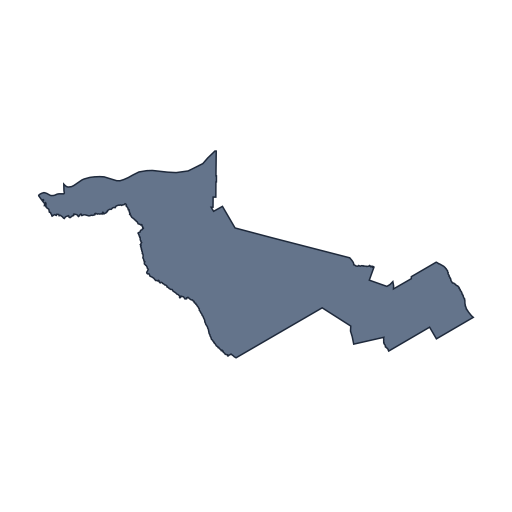 San Lorenzo, Santa Fe, Argentina (orthographic projection), rotated 273°
{"feature_id": "61730980B18182396698532", "entity_name": "San Lorenzo", "entity_type": "district", "adm_level": 2, "iso_a3": "ARG", "parent_name": "Argentina", "parent_adm1": "Santa Fe", "projection": "orthographic", "projection_center": [-60.967, -32.936], "detail": "fine", "context": "isolated", "style": "filled", "palette": "slate", "viewbox_px": 512, "rotation_deg": 273, "n_neighbors": 0, "source": "geoboundaries", "source_scale": "gbopen_adm2", "svg_char_len": 6029}
<svg xmlns="http://www.w3.org/2000/svg" viewBox="0 0 512 512"><g transform="rotate(273 256 256)"><path d="M317.7,60.3L311.1,60.8L308.9,61.3L308.3,61.1L308.0,60.6L307.8,56.1L307.4,54.2L306.2,51.9L305.8,50.5L305.6,48.1L306.0,46.9L307.4,44.1L307.9,42.6L308.2,40.9L307.5,38.9L306.5,37.1L305.3,35.8L304.7,35.9L300.9,38.9L300.9,39.6L301.2,40.5L300.9,40.9L300.4,40.9L300.2,40.6L300.4,39.6L300.1,39.6L297.8,41.6L297.6,42.2L298.2,43.0L297.7,43.2L296.2,42.1L295.2,42.0L295.2,42.6L296.4,43.5L294.1,43.6L293.8,44.3L292.7,45.0L292.3,46.1L291.7,46.7L289.1,47.3L288.9,47.4L288.7,48.5L287.4,49.0L286.5,49.9L285.6,49.9L285.1,50.3L286.8,52.7L286.8,53.1L286.2,53.9L286.1,54.5L287.2,54.8L287.2,56.1L287.1,56.8L285.9,57.3L286.4,58.4L285.1,60.5L283.7,61.9L283.4,62.6L285.0,63.6L285.5,64.3L286.0,65.7L286.5,66.4L286.2,66.9L284.9,67.3L284.6,68.0L284.6,68.4L286.5,70.6L286.8,71.7L287.2,71.9L288.1,71.6L288.4,72.0L287.9,75.0L286.1,76.6L286.4,77.1L287.5,77.5L288.7,78.9L288.5,79.4L287.3,79.6L287.4,80.4L288.1,81.7L288.2,83.1L287.3,87.1L287.7,88.5L288.1,89.2L288.0,90.7L288.7,92.9L288.9,93.1L289.7,92.8L290.1,93.3L290.1,94.1L289.5,95.3L289.9,96.0L289.7,97.7L290.1,99.4L289.8,100.1L291.3,100.5L291.7,100.8L291.4,101.3L290.1,101.7L290.1,102.1L290.5,102.5L291.3,104.1L292.1,104.4L292.4,105.2L292.7,105.4L293.2,105.2L293.5,105.3L294.5,106.6L295.0,107.5L295.0,108.9L295.4,109.4L296.0,109.7L296.8,110.8L297.1,111.9L296.8,112.7L297.5,113.2L298.2,113.4L298.8,114.1L299.6,116.1L299.6,117.2L299.9,117.8L299.9,118.3L299.5,118.9L299.5,119.3L300.0,119.9L300.3,121.5L301.4,122.5L301.2,123.1L300.1,124.0L299.3,123.6L297.7,125.2L296.6,125.8L295.6,126.0L295.6,126.7L295.2,127.0L294.4,126.8L293.3,127.4L292.7,127.4L291.9,128.1L291.1,127.6L290.8,127.8L290.4,128.6L289.0,129.3L288.1,130.0L286.6,132.3L285.9,132.8L285.3,134.0L284.4,134.6L283.8,135.7L282.0,136.6L281.5,138.6L281.0,139.1L281.4,140.1L281.1,140.5L280.1,140.5L279.6,141.2L278.4,141.4L278.0,142.1L277.6,142.1L276.9,141.0L276.4,140.9L276.0,140.4L275.7,139.6L274.8,139.1L274.2,139.1L273.8,138.9L273.2,137.4L272.7,137.0L271.0,138.0L269.7,138.4L269.3,138.9L268.6,138.9L268.2,139.4L265.9,139.6L265.3,140.2L264.4,140.3L263.5,141.1L262.6,140.5L261.7,140.4L261.3,139.9L260.6,140.6L259.9,140.2L258.9,140.7L258.3,140.7L257.8,141.2L257.0,141.0L256.2,141.6L255.1,141.6L254.5,142.2L253.9,142.2L253.0,142.5L252.4,142.3L252.0,142.9L251.2,143.2L249.8,143.3L248.2,143.1L247.4,143.7L245.8,144.3L245.2,144.3L244.4,145.3L243.4,144.8L242.2,145.0L241.4,146.0L241.0,146.2L240.7,146.9L238.9,148.0L238.3,148.0L237.1,149.1L234.6,148.1L234.1,147.7L233.0,148.0L232.5,148.6L232.6,150.0L231.1,150.9L230.3,151.2L229.6,153.1L228.5,155.0L226.3,157.0L226.2,157.4L226.4,158.2L225.9,159.3L226.5,159.7L226.6,160.0L226.4,160.3L225.1,160.7L224.3,161.4L224.2,162.0L224.7,162.3L224.8,162.7L224.3,163.9L223.7,164.2L223.5,165.0L222.3,166.5L222.3,167.3L221.5,168.4L221.1,168.7L220.5,168.7L219.9,170.1L219.0,171.0L218.1,172.8L218.2,173.8L218.1,174.1L216.6,175.0L215.1,177.6L213.6,179.3L213.5,180.1L213.1,180.7L211.6,182.0L210.7,181.8L210.3,182.1L210.4,182.5L210.9,183.0L212.0,183.2L211.4,185.8L209.4,187.3L209.6,188.8L210.6,188.8L210.6,189.6L211.0,189.8L211.2,190.2L209.2,192.8L208.7,194.2L208.8,194.9L207.7,195.7L207.4,196.6L206.3,196.7L205.9,197.2L205.6,198.3L204.6,198.5L204.2,199.3L203.3,199.7L202.2,200.8L200.9,201.5L200.4,202.1L198.8,202.2L197.6,203.4L196.7,203.6L195.2,204.9L193.8,205.4L193.0,206.3L191.8,206.7L189.9,207.8L188.4,208.3L187.5,208.3L186.9,208.8L185.2,209.4L182.7,211.2L181.6,211.5L180.4,212.2L176.0,213.3L175.0,214.1L173.8,214.3L172.5,215.2L170.6,215.8L169.6,217.0L168.5,217.7L168.1,218.3L167.6,218.4L167.4,218.9L166.8,218.9L166.1,219.9L164.2,221.1L163.3,222.7L162.6,222.9L162.6,223.7L162.0,223.9L160.4,225.9L159.8,226.2L160.2,226.9L160.1,227.2L159.3,227.3L159.2,228.2L158.4,228.2L156.9,230.1L156.2,230.4L155.9,232.7L155.6,232.9L154.9,232.8L154.7,233.0L154.8,233.6L155.8,234.4L155.9,235.1L156.6,235.8L156.7,236.4L155.6,237.7L155.4,238.3L154.3,239.5L153.3,241.4L207.7,324.8L191.0,354.3L186.0,354.3L180.5,356.3L173.1,358.2L181.5,387.9L180.3,387.7L179.2,388.0L178.7,387.9L176.0,388.1L176.0,388.4L174.7,388.7L174.2,389.3L172.9,390.0L172.1,389.9L171.8,390.3L171.8,390.6L171.2,391.1L171.1,391.4L169.6,392.9L168.9,393.0L168.0,393.5L194.0,433.1L182.7,440.5L206.1,476.2L207.6,474.3L211.4,470.9L212.4,470.3L212.6,469.9L213.0,469.8L213.9,469.2L213.9,468.9L216.0,468.3L217.0,467.6L217.4,467.7L217.7,467.5L218.7,467.4L219.6,467.1L222.5,466.9L223.2,466.5L223.9,466.7L225.0,465.8L226.4,465.1L227.2,465.0L227.6,464.6L228.5,464.3L228.6,463.9L230.5,463.3L231.7,462.5L232.2,461.8L233.1,461.7L234.2,460.6L234.5,460.8L235.6,460.1L236.3,459.2L236.6,459.1L237.2,457.4L238.2,456.7L238.5,455.8L239.3,454.9L239.3,453.7L239.6,453.3L240.0,453.2L241.9,451.8L242.4,451.9L242.9,451.6L243.4,451.6L244.0,451.2L244.2,450.8L244.8,450.8L245.7,449.9L246.2,450.0L247.1,449.6L247.8,449.0L248.8,448.6L249.5,448.8L250.2,448.2L251.6,447.9L252.3,447.0L253.2,446.6L253.5,446.1L254.3,445.5L255.6,443.9L257.7,439.7L257.9,438.6L258.2,438.4L259.2,436.5L259.2,436.2L243.5,412.2L241.5,412.3L230.3,395.0L233.3,395.0L237.6,394.0L234.6,391.4L232.5,388.3L237.8,370.4L251.1,374.4L251.3,374.0L250.9,373.7L250.8,372.8L251.3,372.8L251.7,373.1L251.9,372.3L251.7,371.6L251.3,371.1L251.7,370.8L251.8,370.3L252.2,370.4L252.5,370.0L251.7,369.0L251.3,367.1L251.6,366.7L251.5,365.2L251.7,364.4L251.5,364.0L251.9,363.5L251.7,362.9L251.9,362.5L251.8,361.6L251.2,360.6L251.9,359.0L251.1,358.2L251.2,356.5L252.2,354.8L252.4,354.0L253.2,354.0L254.6,353.5L256.5,352.1L259.1,349.7L275.2,270.3L282.9,233.6L303.8,219.9L298.4,211.3L302.4,208.6L302.5,210.5L312.6,210.1L312.7,212.8L327.8,212.1L327.9,212.6L334.0,212.3L334.0,211.8L358.7,210.8L358.7,209.5L351.4,202.7L345.5,198.1L337.4,183.8L335.1,171.9L335.1,163.3L336.0,148.1L335.5,142.4L333.8,134.7L330.4,128.7L327.6,124.3L325.4,119.9L324.0,116.2L323.9,112.9L327.1,100.1L327.1,95.8L326.6,90.6L325.8,86.0L323.9,80.3L322.9,78.3L316.8,70.3L315.6,68.1L315.0,64.8L315.2,63.9L315.5,63.0L316.3,61.8L317.7,60.3Z" fill="#64748b" stroke="#1e293b" stroke-width="1.5"/></g></svg>